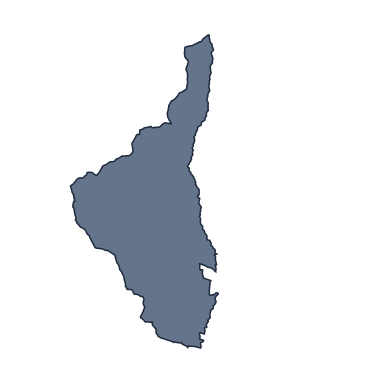 outline of Bertea, Prahova, Romania, rotated 37°
{"feature_id": "2599482B89107382852498", "entity_name": "Bertea", "entity_type": "district", "adm_level": 2, "iso_a3": "ROU", "parent_name": "Romania", "parent_adm1": "Prahova", "projection": "orthographic", "projection_center": [25.825, 45.276], "detail": "fine", "context": "isolated", "style": "filled", "palette": "slate", "viewbox_px": 384, "rotation_deg": 37, "n_neighbors": 0, "source": "geoboundaries", "source_scale": "gbopen_adm2", "svg_char_len": 6089}
<svg xmlns="http://www.w3.org/2000/svg" viewBox="0 0 384 384"><g transform="rotate(37 192 192)"><path d="M292.7,311.5L292.6,310.6L291.9,309.5L290.5,308.5L289.7,307.3L289.7,306.6L290.8,305.3L290.9,304.7L290.6,303.5L286.4,304.7L286.0,303.6L285.5,302.7L284.6,301.8L283.5,301.2L283.5,300.5L283.1,299.5L287.3,298.1L286.0,295.1L284.0,293.4L284.0,292.2L285.1,291.5L285.2,291.1L283.1,289.1L283.0,285.6L282.8,285.3L282.1,285.3L281.7,284.8L282.2,282.3L282.2,281.5L281.8,280.9L280.5,279.8L279.3,277.6L278.8,276.0L277.9,275.0L279.0,273.1L279.0,272.2L277.9,270.8L277.5,269.8L277.9,268.7L277.7,266.4L277.4,265.3L276.2,264.4L274.9,263.8L274.3,262.9L274.2,261.6L273.9,260.9L274.3,258.2L274.2,257.4L273.9,257.1L272.0,257.9L271.8,258.2L271.7,260.2L270.7,261.0L270.7,261.8L269.8,262.1L269.1,263.5L267.9,263.6L265.2,260.5L260.9,253.4L260.3,251.4L252.9,253.9L252.4,253.0L251.1,252.6L250.8,252.1L249.3,250.9L247.2,247.6L246.7,248.0L245.6,249.3L244.4,248.7L242.1,245.4L241.2,244.7L242.7,244.0L245.1,243.5L245.9,243.0L249.7,242.6L252.8,241.2L256.0,240.9L257.7,241.4L259.0,241.4L257.2,238.7L254.6,236.2L255.4,235.3L251.2,231.8L249.8,229.5L248.7,229.1L248.0,229.1L248.2,228.2L249.1,226.6L247.4,227.0L246.8,226.5L245.8,224.7L244.8,224.1L242.8,224.1L241.2,223.1L239.1,223.2L238.3,221.5L235.1,219.9L233.9,220.8L232.6,220.8L230.2,218.0L229.6,217.6L227.0,217.1L225.0,215.4L223.2,215.6L221.1,213.0L218.8,212.5L216.8,211.2L215.2,208.5L212.8,206.9L212.6,206.6L212.5,205.4L210.6,203.3L210.4,202.0L209.5,201.0L208.5,198.5L206.0,197.7L204.2,196.8L202.8,194.4L202.3,192.6L201.4,192.3L199.7,192.6L199.0,192.4L199.0,191.9L199.3,190.5L199.3,189.9L198.5,188.8L197.5,187.7L196.5,186.0L195.7,185.6L192.8,185.0L191.4,184.0L189.9,183.7L189.2,181.9L187.8,181.7L186.9,180.4L185.9,180.3L184.5,179.1L183.4,179.1L182.2,178.2L180.6,178.4L179.0,177.0L177.0,177.0L175.4,174.5L173.7,174.7L173.2,174.4L172.9,173.5L172.9,171.2L172.2,169.3L172.4,167.8L172.0,167.2L171.8,166.0L171.0,165.4L170.6,164.8L170.3,162.5L170.0,161.4L168.2,160.0L168.0,159.2L168.0,157.9L166.1,157.1L165.6,156.6L165.4,155.0L165.0,154.3L164.9,153.8L164.1,152.8L164.0,151.4L163.5,150.4L163.3,149.6L163.0,149.1L160.6,146.8L160.4,146.3L160.6,144.7L159.9,143.8L159.8,142.9L159.1,142.2L159.1,139.6L158.0,137.6L157.7,136.4L157.9,135.6L158.9,133.5L158.9,132.9L158.8,132.5L157.9,131.2L157.7,130.2L158.7,127.7L159.0,126.5L157.7,125.0L157.9,122.9L157.7,122.4L156.6,121.2L155.8,119.7L156.0,117.0L155.1,116.5L154.9,115.8L154.1,115.3L153.7,114.3L152.3,112.7L151.8,111.6L150.7,110.7L149.0,109.9L147.7,108.2L147.0,105.8L146.0,104.7L145.2,102.3L145.5,101.4L144.8,100.0L143.5,99.2L142.8,98.2L142.3,97.9L141.0,96.1L140.8,95.3L140.0,94.1L138.9,92.9L138.7,91.4L137.0,89.8L136.6,89.0L136.0,88.5L136.2,87.2L135.3,85.0L133.7,83.8L132.2,82.0L130.8,80.9L130.7,80.1L130.9,78.9L130.5,77.8L130.6,76.7L129.1,74.5L128.7,73.4L128.1,72.6L123.5,69.3L123.5,68.1L123.8,66.4L123.5,65.4L120.4,63.5L119.4,62.4L118.4,61.7L115.9,61.2L114.0,59.1L112.8,58.3L111.5,56.7L111.0,56.3L110.4,57.0L109.6,59.2L109.3,61.3L108.7,62.6L108.7,63.7L108.9,65.1L108.9,66.1L107.6,67.7L105.8,71.6L105.0,72.7L104.8,73.9L104.1,75.0L101.4,77.6L99.3,80.6L102.3,85.6L104.5,87.9L105.3,88.5L106.8,89.0L109.6,89.4L110.9,90.7L111.7,92.5L112.6,96.1L113.8,98.1L116.5,99.4L117.0,100.3L118.7,101.9L120.0,104.3L122.5,107.1L123.7,109.2L123.7,109.9L125.1,111.8L125.7,113.3L125.1,114.3L125.0,115.2L124.3,116.4L123.9,118.2L122.3,120.4L122.6,124.0L122.4,127.5L121.8,129.9L120.8,131.4L120.7,131.9L121.1,133.8L121.4,136.9L122.6,138.8L122.9,139.8L123.8,141.0L124.3,142.8L125.4,144.8L126.1,145.2L127.8,147.0L129.4,147.4L130.7,148.5L132.2,148.7L134.2,150.2L133.6,150.8L132.6,150.7L131.0,151.9L129.2,152.6L128.0,154.4L127.5,156.3L127.3,158.6L126.8,159.9L125.9,160.6L124.8,161.9L123.4,162.5L122.7,163.8L122.2,164.3L121.0,164.6L119.8,164.4L119.4,164.7L117.4,167.3L115.2,169.6L114.8,171.5L113.0,173.8L113.0,174.1L115.4,177.5L115.3,177.9L113.9,178.6L113.4,179.7L113.5,180.5L114.0,182.7L114.1,184.1L114.5,185.4L114.6,188.9L115.9,190.7L116.9,191.1L117.7,192.4L119.8,194.1L120.4,195.5L120.7,197.0L120.5,198.8L119.9,200.8L119.4,201.6L117.6,202.5L116.9,203.6L116.0,204.4L115.4,204.6L114.3,205.7L113.4,208.7L111.7,211.3L111.6,213.4L111.4,214.2L110.7,215.4L109.9,215.8L108.1,217.7L107.5,220.0L106.8,222.1L105.2,224.5L105.2,226.3L105.6,227.5L105.6,229.0L106.2,231.8L105.9,234.4L105.9,236.0L104.8,236.7L103.3,236.5L100.9,236.5L99.6,237.0L97.7,238.3L96.6,239.6L97.2,241.3L97.4,242.7L96.6,244.1L96.6,245.8L96.2,246.8L95.0,247.4L93.2,248.9L92.3,251.8L92.7,253.5L92.3,255.1L92.4,256.9L91.3,260.0L91.4,260.4L94.4,262.6L95.8,264.0L96.5,264.5L98.1,264.9L99.1,265.9L100.2,266.1L100.4,266.9L101.4,267.6L101.3,267.9L102.3,268.3L102.9,269.3L103.9,269.6L104.0,270.0L103.4,270.9L103.3,271.2L103.9,271.9L104.1,273.1L104.9,273.9L105.3,275.1L106.3,275.9L107.3,275.9L107.7,276.2L111.2,279.7L114.6,282.2L115.0,282.6L115.7,284.6L117.2,284.9L118.9,286.1L121.6,286.5L123.9,287.2L127.5,286.4L130.5,286.9L132.9,288.4L136.7,289.0L138.3,290.1L148.0,294.7L149.7,294.3L151.6,293.0L152.7,292.6L154.5,291.4L158.3,290.6L159.7,289.4L161.6,289.4L163.2,289.1L165.6,289.1L167.1,288.8L168.6,289.1L169.6,289.6L170.6,290.9L171.8,291.5L174.3,293.6L177.5,294.5L179.9,296.4L180.7,297.3L181.5,297.7L182.2,297.6L183.1,298.1L183.9,298.0L184.7,298.9L186.9,299.7L189.3,301.3L190.6,302.8L192.7,304.2L194.9,306.2L195.3,307.2L195.7,307.2L198.7,308.8L199.5,308.6L201.2,307.0L202.9,306.4L204.1,306.5L205.7,307.7L207.2,308.4L207.8,308.2L208.2,307.5L210.8,306.5L212.6,306.3L213.2,306.4L214.8,305.8L215.3,305.2L215.8,305.2L217.4,306.0L218.5,307.0L219.0,309.0L220.7,310.9L223.1,312.2L223.6,312.7L225.1,317.8L225.8,321.3L225.6,322.1L226.7,323.4L227.7,323.1L231.0,323.4L232.3,324.0L233.1,323.7L235.5,321.9L236.7,321.5L237.8,320.3L238.9,319.9L239.1,320.9L239.7,321.0L240.8,322.3L242.4,322.3L243.7,322.8L245.1,322.9L245.7,323.1L247.1,324.9L248.8,326.6L251.2,327.1L251.8,327.7L253.0,327.3L254.4,327.4L266.8,323.1L267.6,323.4L268.3,322.2L269.3,322.0L274.8,318.9L275.3,318.8L275.6,319.3L280.7,318.4L282.2,318.8L281.9,316.8L283.3,316.4L285.4,314.8L288.1,313.3L292.7,311.5Z" fill="#64748b" stroke="#1e293b" stroke-width="1.5"/></g></svg>